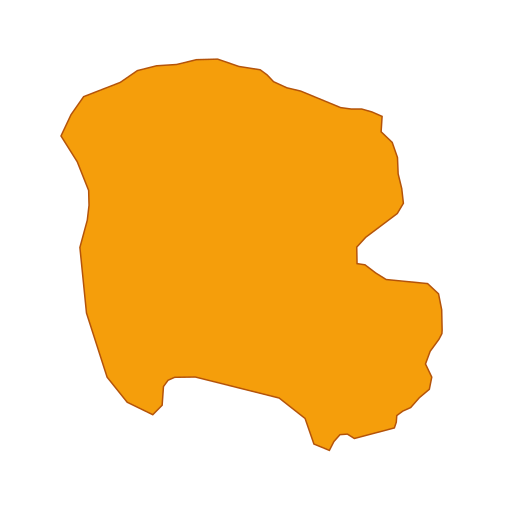 SVG path tracing the border of Gümüshane, rotated 172°
{"feature_id": "TUR-3031", "entity_name": "Gümüshane", "entity_type": "Province", "adm_level": 1, "iso_a3": "TUR", "parent_name": "Turkey", "parent_adm1": "", "projection": "mercator", "projection_center": [39.258, 40.339], "detail": "fine", "context": "isolated", "style": "filled", "palette": "amber", "viewbox_px": 512, "rotation_deg": 172, "n_neighbors": 0, "source": "natural_earth", "source_scale": "10m", "svg_char_len": 1013}
<svg xmlns="http://www.w3.org/2000/svg" viewBox="0 0 512 512"><g transform="rotate(172 256 256)"><path d="M420.3,156.7L431.8,223.1L429.2,289.0L418.1,314.9L414.3,329.4L412.6,344.2L419.9,374.2L432.4,402.0L419.5,421.7L404.5,437.8L366.3,446.8L347.7,456.1L328.1,458.2L307.9,456.7L287.7,458.7L266.6,456.3L246.6,446.1L225.9,439.8L219.8,433.8L214.4,426.2L202.1,418.3L188.8,413.1L151.6,391.2L141.3,388.3L130.8,386.8L121.1,382.5L111.7,376.7L114.8,361.6L105.3,349.5L102.2,333.8L103.8,317.6L102.3,302.5L102.7,287.7L110.2,278.4L144.7,259.3L155.0,250.8L157.0,234.4L149.3,232.1L139.9,222.6L130.4,214.6L89.9,204.8L80.5,193.1L79.6,176.9L82.0,156.7L82.7,153.3L86.4,148.1L96.8,137.4L103.2,125.5L98.8,111.6L102.9,99.9L113.9,93.0L123.9,84.4L132.2,82.0L138.8,78.4L140.2,71.9L142.9,66.5L184.0,61.6L190.3,66.9L197.7,67.4L204.7,61.4L210.4,53.3L224.8,61.7L230.0,88.3L252.8,112.1L332.9,144.6L353.4,147.2L360.4,145.2L365.8,139.6L369.7,121.3L380.3,113.2L403.9,129.1L420.3,156.7Z" fill="#f59e0b" stroke="#b45309" stroke-width="1.5"/></g></svg>